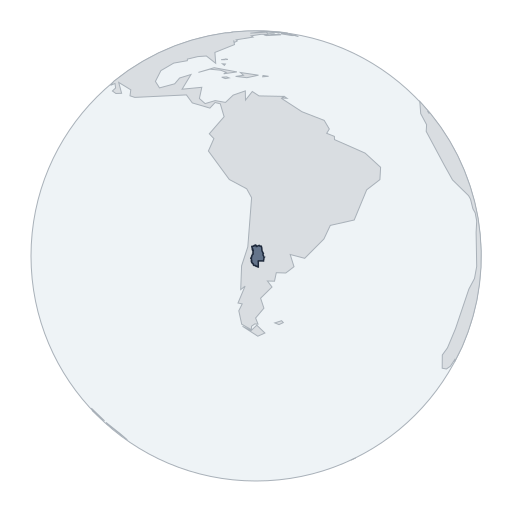 Mendoza highlighted on a globe, orthographic projection
{"feature_id": "ARG-1275", "entity_name": "Mendoza", "entity_type": "Province", "adm_level": 1, "iso_a3": "ARG", "parent_name": "Argentina", "parent_adm1": "", "projection": "orthographic", "projection_center": [-68.979, -34.756], "detail": "fine", "context": "on_globe", "style": "filled", "palette": "slate", "viewbox_px": 512, "rotation_deg": 0, "n_neighbors": 0, "source": "natural_earth", "source_scale": "10m", "svg_char_len": 5775}
<svg xmlns="http://www.w3.org/2000/svg" viewBox="0 0 512 512"><circle cx="256" cy="256" r="225" fill="#eef3f6" stroke="#a8b0b8"/><path d="M226.0,32.7L225.4,32.9L229.2,32.7L233.1,32.1L231.5,32.1L231.9,32.0L247.8,30.9L263.6,30.8L279.5,31.9L286.8,32.9L287.8,33.2L278.4,32.6L262.5,31.7L250.3,33.2L266.1,32.2L268.2,33.8L271.9,34.3L276.4,34.5L278.6,34.0L281.0,34.8L266.3,35.6L263.9,34.8L268.6,34.4L261.1,34.3L251.2,35.8L253.1,37.1L236.2,39.8L237.3,40.9L234.3,42.5L233.6,40.4L234.5,44.6L214.9,52.4L215.7,63.3L206.4,56.0L197.8,56.6L187.4,59.1L187.3,60.7L173.7,63.1L160.9,70.6L155.4,81.4L159.5,87.9L174.7,83.8L179.6,78.0L191.0,74.5L182.1,89.2L201.8,87.3L199.4,98.5L205.1,103.6L215.2,100.6L225.5,102.4L233.2,95.1L245.3,90.9L245.5,100.1L252.3,91.5L259.0,95.9L283.4,96.4L281.5,98.4L301.9,111.7L324.2,120.4L329.3,129.0L326.7,133.3L334.4,136.4L334.5,139.6L365.1,153.1L380.6,167.3L379.9,179.6L366.7,189.8L354.2,220.0L330.3,225.4L323.9,239.0L304.7,258.3L290.2,254.5L294.0,266.7L285.8,273.0L276.3,272.7L274.5,281.2L267.4,281.0L272.0,287.0L260.6,298.2L263.9,308.2L255.6,318.0L258.0,324.1L254.8,323.9L251.6,326.2L251.3,329.7L241.7,324.2L238.8,310.8L242.2,303.9L238.0,303.0L245.1,286.1L240.7,289.6L241.6,265.8L247.8,246.9L251.6,197.7L246.7,188.8L229.3,179.5L208.4,151.0L213.9,138.6L209.3,133.8L224.1,116.7L220.3,103.8L215.1,102.5L209.9,108.1L192.3,102.9L186.4,94.9L134.8,97.4L130.0,95.8L130.8,89.8L118.7,82.4L121.6,93.3L115.9,93.5L112.4,91.0L115.6,88.0L115.0,83.5L110.6,85.3L114.0,81.1L128.1,70.5L143.0,61.1L158.6,52.8L174.8,45.8L191.6,40.1L208.7,35.8L226.0,32.7ZM214.2,67.7L236.9,71.9L223.7,73.8L226.2,72.3L220.6,70.2L209.9,69.2L198.4,72.4L214.2,67.7ZM225.0,59.7L221.1,59.7L225.0,59.2L225.0,59.7ZM257.8,336.2L242.5,326.3L251.1,330.6L256.8,325.2L264.9,333.0L257.8,336.2ZM274.8,322.9L281.6,320.7L283.3,322.6L279.0,324.6L274.8,322.9ZM461.9,347.5L461.9,347.4L455.1,360.9L454.8,359.5L450.4,366.2L446.4,369.0L442.2,368.2L442.3,355.0L447.5,347.8L455.5,328.7L468.9,289.0L474.5,278.5L476.7,266.4L476.1,232.4L476.7,221.1L475.2,212.9L472.9,208.8L470.5,199.1L468.6,195.7L452.5,179.9L444.2,165.0L426.2,131.4L426.6,124.7L420.7,113.6L419.8,101.4L430.7,113.8L440.7,127.0L449.7,140.9L457.6,155.4L464.4,170.5L470.1,186.0L474.7,201.9L478.1,218.1L480.2,234.4L481.2,251.0L481.0,267.5L479.5,284.0L476.9,300.3L473.0,316.4L468.0,332.1L461.9,347.5ZM427.4,111.0L429.3,113.7L427.4,111.0ZM284.1,96.3L287.0,98.3L283.1,98.1L284.1,96.3ZM221.7,77.2L226.6,76.9L229.1,77.9L225.3,78.6L221.7,77.2ZM263.0,75.5L268.6,76.3L262.7,76.8L263.0,75.5ZM240.4,72.5L258.5,75.2L246.9,77.7L235.6,76.4L243.5,75.3L240.4,72.5ZM222.4,63.8L225.4,64.0L224.4,65.4L222.4,63.8ZM227.9,59.4L226.7,59.6L225.3,58.8L227.9,59.4ZM269.1,33.7L270.3,33.7L274.8,34.0L272.7,34.2L269.1,33.7ZM295.1,35.2L298.4,36.6L294.5,35.5L292.1,35.6L281.1,33.8L287.7,33.2L286.7,33.6L295.1,35.2ZM268.1,32.0L274.4,32.7L267.3,32.0L268.1,32.0ZM355.8,457.9L351.1,460.1L353.9,458.7L355.8,457.9ZM107.1,424.2L106.0,422.4L112.5,427.6L120.8,434.2L127.3,439.8L107.1,424.2ZM101.4,419.0L95.6,413.6L92.0,410.4L94.3,412.3L91.3,408.1L104.5,420.8L101.4,419.0Z" fill="#d9dde1" stroke="#a8b0b8" stroke-width="1"/><path d="M252.6,250.3L252.5,250.1L252.4,249.9L252.3,249.7L252.3,249.4L252.3,249.2L252.5,249.1L252.5,248.9L252.6,248.7L252.4,248.5L252.3,248.4L252.2,248.2L252.0,247.7L252.1,247.4L252.1,247.2L251.9,246.9L251.8,246.5L251.8,246.4L252.3,246.3L252.5,246.4L253.3,246.2L253.7,246.2L253.8,246.2L253.8,245.8L253.9,245.7L254.0,245.6L254.3,245.5L254.4,245.4L254.5,245.4L254.9,245.4L255.0,245.4L255.1,245.2L255.3,245.0L255.5,245.0L255.7,245.3L255.8,245.4L255.8,245.5L256.0,245.5L256.1,245.4L256.2,245.5L256.3,246.4L256.3,246.5L257.0,246.5L257.1,246.4L257.7,246.0L257.8,245.9L258.3,245.7L258.5,245.7L259.1,245.4L259.2,245.5L259.3,245.5L259.5,245.8L259.7,246.0L259.8,246.1L260.1,246.2L260.3,246.1L260.6,246.1L260.8,246.1L261.0,246.1L261.3,246.2L261.3,246.4L261.4,246.8L261.5,246.9L261.5,247.0L261.6,247.4L261.6,247.5L261.7,247.8L261.8,247.9L261.8,248.0L261.8,248.3L261.8,248.5L261.8,248.8L261.9,249.1L261.8,249.3L261.9,249.7L261.9,250.0L261.9,250.3L262.0,250.5L262.0,250.8L262.3,251.5L262.5,251.7L262.5,251.8L262.6,252.1L262.7,252.3L262.7,252.5L262.9,252.6L263.0,252.7L263.0,252.8L263.1,253.0L263.2,253.3L263.3,253.4L263.2,253.5L263.2,253.8L263.0,254.0L263.0,254.5L263.1,254.8L263.1,255.1L263.2,255.4L263.2,255.5L263.4,255.7L263.8,256.5L263.8,256.8L263.8,257.0L263.9,257.3L263.9,257.5L264.0,257.5L263.9,257.6L263.9,257.8L263.9,258.0L263.9,258.3L263.9,258.6L263.9,259.0L263.7,259.3L263.7,259.7L263.6,260.3L263.5,260.6L263.5,260.8L263.5,261.0L262.1,260.9L258.3,260.9L258.2,261.0L258.2,261.4L258.2,261.5L258.3,262.0L258.3,264.2L258.3,267.0L257.7,266.9L257.5,266.6L257.4,266.6L257.2,266.6L256.9,266.5L256.8,266.3L256.7,266.3L256.3,266.3L256.1,266.3L256.0,266.2L255.9,266.2L255.7,265.7L255.4,265.5L255.1,265.4L254.4,265.5L254.1,265.5L254.0,265.4L253.7,265.3L253.6,265.2L253.4,264.9L253.4,264.7L253.5,264.7L253.4,264.3L253.4,264.2L253.2,264.1L253.0,263.8L253.0,263.7L252.9,263.7L252.7,263.5L252.7,263.4L252.3,263.2L252.2,263.1L252.1,262.8L252.0,262.7L252.0,262.4L251.9,262.4L251.7,262.4L251.6,262.2L251.6,261.9L251.6,261.7L251.4,261.5L251.4,261.4L251.5,261.3L251.5,261.2L251.4,260.8L251.5,260.7L251.4,260.6L251.4,260.4L251.6,260.2L251.4,259.6L251.4,259.4L251.4,259.1L251.4,258.9L251.2,258.5L251.3,258.4L251.2,258.2L250.9,258.2L251.0,257.8L251.5,257.6L251.5,257.4L251.5,257.1L251.6,256.8L251.8,256.2L251.7,256.1L251.8,255.9L251.9,255.5L252.0,255.4L252.1,255.2L252.3,254.9L252.5,254.7L252.5,254.4L252.5,254.2L252.8,254.1L253.0,254.2L253.2,253.9L253.1,253.7L253.1,253.2L253.1,252.9L253.0,252.6L252.9,252.2L253.0,252.1L253.1,251.9L253.0,251.7L253.1,251.4L253.1,251.2L253.2,250.9L253.3,250.7L253.3,250.2L253.2,250.2L252.8,250.1L252.7,250.3L252.6,250.3Z" fill="#64748b" stroke="#1e293b" stroke-width="1.5"/></svg>